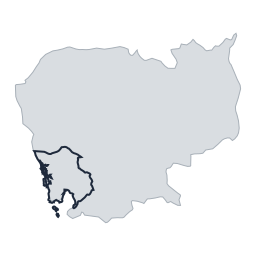 location of Kaôh Kong within Cambodia
{"feature_id": "KHM-1779", "entity_name": "Kaôh Kong", "entity_type": "Province", "adm_level": 1, "iso_a3": "KHM", "parent_name": "Cambodia", "parent_adm1": "", "projection": "orthographic", "projection_center": [103.349, 11.344], "detail": "fine", "context": "in_parent", "style": "outline", "palette": "slate", "viewbox_px": 256, "rotation_deg": 0, "n_neighbors": 0, "source": "natural_earth", "source_scale": "10m", "svg_char_len": 7976}
<svg xmlns="http://www.w3.org/2000/svg" viewBox="0 0 256 256"><path d="M236.0,33.3L236.7,35.7L235.0,40.3L233.2,44.5L229.7,48.1L229.6,50.8L228.5,58.7L229.0,61.3L229.9,63.4L231.0,64.6L234.3,72.3L237.2,79.3L240.1,85.1L240.6,88.8L238.2,98.1L235.4,106.7L235.7,110.9L237.1,115.2L238.5,120.9L239.2,128.1L238.5,132.9L237.2,135.9L234.7,138.9L232.4,140.5L229.7,138.0L227.5,137.9L224.6,138.7L222.4,139.9L217.8,144.4L212.7,148.8L205.7,150.0L202.9,153.2L200.0,153.7L194.3,153.9L190.7,154.7L190.9,156.3L190.7,163.9L190.7,165.7L190.2,166.2L187.6,166.4L183.3,165.3L177.4,163.5L173.3,163.2L171.2,166.5L169.9,167.8L168.3,168.1L166.7,168.7L166.2,170.1L166.0,172.0L166.9,175.1L167.2,180.2L167.0,183.6L168.6,185.8L177.6,193.0L180.2,194.8L180.5,195.8L179.0,199.8L180.5,205.4L177.7,205.3L173.0,203.0L170.7,201.5L168.0,202.7L167.1,202.5L165.2,199.8L162.8,197.0L160.3,196.8L155.1,198.0L149.8,198.8L147.8,198.8L147.0,199.3L143.9,203.5L142.6,202.8L137.2,201.2L132.3,200.6L131.3,201.7L131.9,205.1L133.0,208.4L132.4,209.8L129.7,211.6L126.2,214.8L124.0,217.2L122.5,217.8L117.0,217.7L111.6,218.1L109.5,220.4L107.5,222.2L105.7,222.7L98.6,217.0L84.6,215.1L83.1,212.6L81.7,212.1L80.4,215.3L72.7,218.5L69.5,216.6L67.1,214.3L67.5,211.5L69.7,209.2L73.5,207.5L75.3,201.8L72.4,194.4L69.8,192.2L67.1,190.5L64.3,193.3L61.9,198.0L59.4,200.4L55.9,200.9L50.8,200.8L48.8,193.7L48.1,187.7L48.9,180.8L49.6,176.8L44.7,171.1L44.4,165.8L42.1,163.0L41.4,164.4L41.4,166.0L40.7,164.8L33.0,149.1L31.7,141.9L33.0,136.3L33.8,134.4L31.6,131.4L28.5,128.1L22.9,123.7L22.5,116.7L21.3,108.5L19.7,105.8L17.1,100.7L15.8,96.6L15.4,85.5L16.1,84.6L20.0,84.3L25.1,83.5L25.9,81.8L25.0,80.3L28.2,77.8L32.8,72.3L36.4,66.6L39.0,63.0L40.5,59.4L45.7,54.4L52.9,50.9L57.7,50.1L62.8,48.9L67.6,47.2L69.9,47.0L75.9,49.0L79.2,49.6L82.6,49.5L86.1,49.7L89.2,49.5L96.6,48.1L104.4,49.2L111.4,48.2L120.0,46.6L124.2,47.6L128.1,49.2L128.7,52.6L129.6,54.1L130.9,55.3L132.6,55.3L134.8,52.9L136.6,50.5L137.2,50.0L137.3,51.2L138.2,53.8L139.9,56.4L141.5,58.1L144.3,60.3L146.2,60.4L152.0,58.3L160.9,61.3L162.0,62.9L164.9,66.0L168.0,68.3L174.9,68.4L177.3,62.7L176.1,59.3L172.1,53.4L170.9,49.9L172.2,49.3L178.8,48.6L179.9,47.9L181.3,44.0L183.1,44.4L186.8,44.9L190.7,42.2L193.0,39.4L194.3,40.6L195.7,42.6L197.2,43.7L200.0,45.3L203.1,47.6L205.1,49.9L206.6,50.8L210.6,50.1L211.7,50.2L213.9,47.3L215.5,45.8L216.9,46.2L218.9,46.2L222.9,42.5L225.2,39.3L226.5,38.4L230.2,39.9L231.7,39.6L233.7,35.1L236.0,33.3ZM46.2,184.5L45.4,184.9L44.7,184.9L43.9,184.2L44.0,181.7L44.6,180.2L45.8,179.9L46.2,184.5ZM57.9,209.3L56.3,211.0L53.8,207.5L53.8,206.5L57.9,209.3Z" fill="#d9dde1" stroke="#a8b0b8" stroke-width="1"/><path d="M40.5,168.6L41.2,167.6L41.0,165.1L40.6,163.4L39.3,161.5L37.5,159.0L35.6,155.2L35.1,153.0L34.5,151.5L34.2,151.1L34.9,151.1L44.3,151.8L46.0,152.5L46.9,153.0L47.9,153.5L49.0,153.9L49.8,154.0L50.5,154.0L51.0,153.9L52.2,153.2L52.9,153.0L56.9,151.8L58.6,150.9L59.4,150.1L60.7,148.6L61.2,147.7L61.6,147.3L61.9,147.1L63.1,147.1L64.3,146.9L65.3,146.9L66.5,147.2L66.8,147.4L67.1,147.6L67.6,148.0L67.9,148.2L68.9,148.7L69.0,148.7L70.7,150.5L71.5,151.5L71.8,151.9L72.2,152.2L73.1,152.7L73.8,153.1L75.0,153.5L75.7,153.7L76.4,154.0L76.6,154.1L77.9,154.7L78.3,155.0L79.2,155.7L80.8,156.7L81.3,157.1L78.3,157.6L78.1,157.7L78.0,157.8L77.9,158.0L77.9,158.3L77.9,158.6L77.9,158.9L78.0,159.2L78.1,159.6L78.0,160.2L77.8,161.0L77.7,161.6L77.6,162.0L77.7,162.9L78.5,166.0L78.5,166.4L78.5,167.1L78.5,167.5L78.6,167.8L78.7,168.0L78.9,168.2L79.0,168.3L79.4,168.4L79.8,168.5L80.6,169.4L83.7,171.3L84.1,171.7L84.4,172.2L84.6,172.4L85.3,172.6L85.5,172.5L86.0,172.4L86.3,172.3L86.8,172.3L87.6,172.5L88.3,173.0L89.5,173.4L90.3,174.2L90.4,174.4L90.4,174.7L89.9,175.4L89.6,175.9L89.6,176.3L89.7,176.6L90.3,177.9L90.5,178.2L91.1,178.8L91.4,179.3L92.0,180.4L92.2,181.1L92.3,181.5L92.2,181.7L92.1,181.9L91.8,182.2L91.6,182.6L91.4,183.0L91.2,184.1L91.2,184.5L91.2,184.8L91.4,185.1L91.5,185.2L91.8,185.6L92.1,186.0L93.5,189.9L92.0,190.2L91.8,190.3L91.6,190.5L91.3,191.5L90.1,193.8L89.4,194.5L89.2,194.7L88.8,194.8L88.4,194.8L88.1,194.7L87.8,194.6L87.5,194.5L87.3,194.5L87.1,194.6L86.7,195.0L84.8,197.4L81.1,200.6L80.4,201.1L80.1,201.2L79.8,201.2L79.5,201.2L78.6,201.2L78.4,201.3L78.1,201.6L77.8,202.3L77.7,202.7L77.6,203.0L77.6,203.6L77.5,203.9L77.5,204.1L77.3,204.4L76.7,205.4L76.4,206.0L76.2,206.4L76.0,206.6L75.0,207.6L73.9,208.2L73.3,207.8L73.2,207.6L73.4,205.7L73.6,205.3L73.9,205.0L74.4,204.8L74.9,204.4L75.3,203.8L75.4,203.3L75.3,201.6L74.7,200.0L73.4,197.8L72.6,195.7L73.3,194.2L72.4,193.5L72.0,193.4L70.7,193.2L70.2,193.0L69.8,192.7L69.3,191.1L68.4,190.3L67.2,189.8L65.9,189.7L66.0,189.8L66.2,190.0L65.6,190.9L65.3,190.9L65.1,190.6L64.9,190.5L64.4,190.3L64.4,190.6L64.6,191.1L64.4,191.8L63.5,193.0L64.4,192.6L64.5,193.1L64.1,193.9L63.0,195.9L62.8,196.7L62.6,197.7L62.2,198.8L62.1,199.3L62.1,199.7L62.3,200.4L62.4,201.0L62.1,201.6L61.5,202.0L60.8,202.2L60.3,202.0L60.1,202.2L59.9,202.4L59.4,202.6L59.0,201.6L58.1,200.9L57.1,200.5L56.2,199.9L54.4,201.0L53.6,201.7L53.8,202.3L53.2,202.3L52.7,202.4L52.3,202.6L52.0,202.9L51.2,202.5L50.2,202.4L49.7,202.2L50.2,201.4L48.9,200.4L48.6,200.2L48.3,199.9L48.5,199.1L48.9,198.4L49.1,198.2L49.0,196.9L48.6,194.6L48.5,193.4L48.6,193.0L48.9,192.6L49.2,192.0L49.3,191.2L49.3,190.4L49.1,189.9L48.5,188.8L48.4,188.4L48.3,188.1L48.2,187.7L48.0,187.4L47.8,187.3L46.9,187.3L46.7,187.3L46.8,186.8L47.3,186.5L47.6,186.2L47.3,185.8L47.3,185.5L47.6,185.0L48.8,183.8L50.0,183.1L50.6,183.7L50.8,183.7L50.8,183.0L50.4,181.9L50.3,181.3L49.6,181.5L49.4,181.7L49.1,181.9L48.5,181.4L48.4,180.9L48.4,180.3L48.2,179.5L47.9,178.8L47.3,177.9L47.0,177.3L47.4,177.5L47.5,177.5L47.6,178.0L47.9,178.0L48.2,177.5L48.6,177.1L49.2,176.9L49.8,176.8L50.4,177.0L51.1,178.1L51.7,178.3L50.4,175.7L50.0,175.3L50.2,174.8L50.3,174.7L50.0,174.7L49.9,174.8L49.7,175.3L49.9,175.6L49.8,176.0L49.5,176.3L49.1,176.5L48.7,176.2L48.2,175.5L47.0,174.9L46.7,173.9L46.7,172.8L46.7,172.0L46.4,172.3L46.6,171.4L46.7,171.0L46.3,171.0L46.1,170.9L45.8,170.4L45.9,172.0L45.8,172.6L45.5,173.2L45.3,173.2L44.8,173.0L44.2,173.1L43.6,173.4L43.2,173.7L42.3,172.5L43.2,172.0L43.4,172.2L44.1,172.9L44.4,172.9L44.2,172.4L43.8,171.8L43.5,171.4L43.5,169.6L44.0,169.1L44.6,169.3L45.3,169.6L46.1,169.6L46.1,169.2L45.6,169.3L45.2,169.2L44.8,168.9L44.6,168.6L44.6,168.3L45.0,168.3L45.0,168.0L44.5,168.2L44.4,168.3L44.1,168.3L44.0,168.0L43.8,167.4L43.5,167.4L43.5,168.3L43.2,168.0L43.2,169.0L42.9,169.0L43.0,167.7L43.2,166.8L43.7,166.1L44.4,165.6L44.8,165.4L45.2,165.4L45.6,165.5L46.0,165.8L46.5,166.0L47.1,165.9L47.6,165.5L47.9,165.0L47.6,165.0L47.3,165.6L46.7,165.6L46.0,165.2L45.6,164.7L45.3,164.7L43.5,165.6L43.3,165.4L43.0,164.8L42.7,164.2L42.6,163.7L42.4,163.3L41.4,162.8L39.9,160.5L39.7,160.5L40.3,162.0L42.4,164.2L42.9,165.6L42.8,166.4L42.3,167.7L42.3,168.3L42.7,170.2L42.7,171.0L42.3,172.0L42.2,171.4L41.8,170.6L41.7,170.0L41.6,169.7L40.8,169.0L40.5,168.6ZM45.8,181.3L46.0,181.8L46.3,182.1L46.3,182.5L46.1,182.8L46.3,183.4L46.3,184.2L46.1,185.0L45.8,185.5L45.2,185.8L44.6,185.8L44.1,185.5L44.4,185.2L43.9,184.7L43.7,183.8L43.8,182.2L43.5,180.3L43.4,179.2L43.8,178.3L43.8,178.5L44.0,178.7L44.0,178.9L44.5,178.5L44.9,178.4L45.3,178.7L45.8,179.8L45.8,180.2L45.8,180.7L45.8,181.3ZM57.0,208.8L57.6,209.0L57.9,209.2L57.9,209.8L57.3,210.0L56.8,210.3L56.4,210.7L56.2,211.3L55.8,211.0L55.6,210.5L55.5,210.0L55.4,209.8L55.4,209.7L54.1,209.2L53.4,208.7L52.9,208.0L52.8,207.4L53.2,206.8L54.1,206.5L54.8,206.7L55.4,207.2L55.9,207.7L56.0,207.9L56.0,208.2L56.2,208.3L56.4,208.4L56.7,208.4L56.9,208.4L57.0,208.8ZM45.5,175.0L45.8,175.4L46.2,176.1L46.4,176.4L46.4,176.8L46.2,177.1L45.7,178.0L45.5,178.3L45.1,178.2L45.1,177.8L45.3,176.8L44.9,176.1L44.3,175.2L44.1,174.4L44.6,173.8L45.4,174.2L45.5,174.4L45.6,174.6L45.6,174.8L45.5,175.0ZM58.6,215.2L58.8,215.4L58.8,215.7L58.6,216.1L58.4,216.5L58.1,216.9L57.7,216.6L56.8,215.3L56.5,214.6L56.7,214.0L57.2,213.7L57.7,213.7L58.0,213.8L58.1,214.1L57.6,214.7L57.6,214.9L57.6,215.1L57.7,215.4L57.9,215.6L58.2,215.7L58.5,215.4L58.6,215.2Z" fill="none" stroke="#1e293b" stroke-width="2"/></svg>